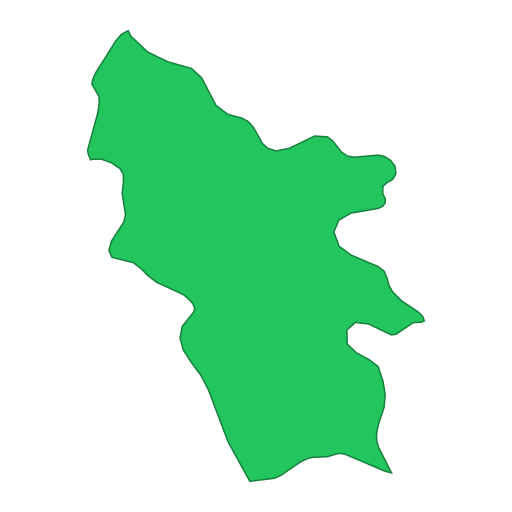 the border of Syunik
{"feature_id": "ARM-1732", "entity_name": "Syunik", "entity_type": "Province", "adm_level": 1, "iso_a3": "ARM", "parent_name": "Armenia", "parent_adm1": "", "projection": "robinson", "projection_center": [46.179, 39.357], "detail": "fine", "context": "isolated", "style": "filled", "palette": "green", "viewbox_px": 512, "rotation_deg": 0, "n_neighbors": 0, "source": "natural_earth", "source_scale": "10m", "svg_char_len": 1677}
<svg xmlns="http://www.w3.org/2000/svg" viewBox="0 0 512 512"><path d="M128.1,30.7L130.9,36.2L147.7,52.0L155.6,55.9L167.9,61.8L191.5,68.5L201.7,77.9L216.0,105.4L227.7,114.3L241.9,118.1L248.3,121.6L253.7,127.8L262.5,143.5L267.9,148.4L276.2,150.9L289.2,148.3L314.7,136.0L327.5,136.9L332.7,140.9L341.6,152.2L347.2,156.0L354.5,157.2L378.1,155.1L384.1,156.3L390.3,160.1L394.9,166.0L396.0,173.6L392.7,179.4L387.2,182.5L382.9,186.3L382.8,193.9L385.3,198.7L385.2,202.9L382.7,206.3L378.2,208.4L350.7,213.2L338.8,220.2L333.9,231.9L339.1,246.3L351.3,255.2L378.2,266.6L384.2,271.3L387.0,277.9L388.9,285.2L392.6,291.9L401.6,300.9L417.6,311.5L420.1,313.7L422.6,316.4L423.1,317.6L424.4,320.8L421.1,322.3L413.2,322.6L395.9,334.3L391.3,334.9L368.6,324.0L355.5,322.4L346.9,330.0L347.2,344.1L356.8,353.1L369.3,359.8L378.3,366.7L383.1,381.7L385.2,394.7L384.1,407.4L379.2,421.9L378.9,423.4L378.4,424.7L377.1,430.2L376.5,435.9L376.8,441.4L378.4,446.8L391.5,472.9L384.7,471.1L345.7,454.5L340.6,453.4L336.6,453.9L327.5,456.7L313.0,457.3L308.0,458.4L300.8,461.7L281.3,475.1L274.8,478.2L249.8,481.3L228.0,441.7L208.5,390.0L201.0,375.5L191.2,362.3L183.3,350.0L180.0,338.0L182.2,326.4L191.3,315.1L193.8,312.0L194.6,308.7L193.7,305.3L191.3,301.7L183.7,294.8L162.3,284.9L156.9,282.4L148.0,275.8L140.9,268.5L133.2,262.6L112.0,257.4L111.0,255.2L108.9,250.5L111.3,241.4L123.9,221.8L125.5,214.6L122.2,193.8L122.2,193.7L123.4,182.1L123.4,174.4L120.0,168.6L111.6,162.9L101.3,159.1L92.6,159.3L90.5,159.8L90.5,159.6L90.2,159.0L88.4,154.4L87.9,152.5L87.6,150.1L97.7,113.3L99.2,103.6L99.0,96.5L91.9,84.1L92.8,79.2L96.0,72.3L115.9,40.7L121.5,34.2L128.1,30.7Z" fill="#22c55e" stroke="#15803d" stroke-width="1.5"/></svg>